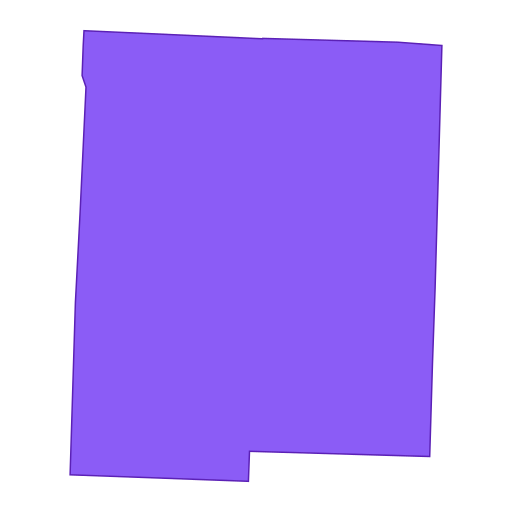 outline of Pettis, Missouri, United States of America
{"feature_id": "52423323B46784641696011", "entity_name": "Pettis", "entity_type": "district", "adm_level": 2, "iso_a3": "USA", "parent_name": "United States of America", "parent_adm1": "Missouri", "projection": "orthographic", "projection_center": [-93.351, 38.725], "detail": "fine", "context": "isolated", "style": "filled", "palette": "violet", "viewbox_px": 512, "rotation_deg": 0, "n_neighbors": 0, "source": "geoboundaries", "source_scale": "gbopen_adm2", "svg_char_len": 353}
<svg xmlns="http://www.w3.org/2000/svg" viewBox="0 0 512 512"><path d="M70.1,474.8L248.4,481.3L249.5,451.3L429.7,456.5L432.5,362.8L435.1,288.2L441.9,45.5L397.7,42.2L262.7,38.4L262.6,38.8L84.0,30.7L83.2,45.6L82.1,75.6L86.0,87.1L80.8,197.5L80.1,212.5L76.2,287.4L75.4,302.4L71.5,429.7L70.1,474.8Z" fill="#8b5cf6" stroke="#5b21b6" stroke-width="1.5"/></svg>